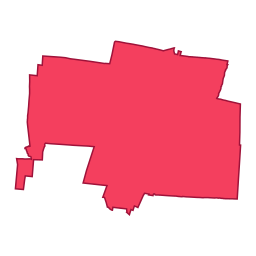 the district of Pechea, Galati, Romania
{"feature_id": "2599482B54833232986337", "entity_name": "Pechea", "entity_type": "district", "adm_level": 2, "iso_a3": "ROU", "parent_name": "Romania", "parent_adm1": "Galati", "projection": "albers", "projection_center": [27.806, 45.647], "detail": "fine", "context": "isolated", "style": "filled", "palette": "rose", "viewbox_px": 256, "rotation_deg": 0, "n_neighbors": 0, "source": "geoboundaries", "source_scale": "gbopen_adm2", "svg_char_len": 4712}
<svg xmlns="http://www.w3.org/2000/svg" viewBox="0 0 256 256"><path d="M126.4,43.2L123.3,42.6L118.8,41.7L115.4,41.3L114.9,41.7L114.5,42.2L112.0,54.5L109.9,63.0L109.7,63.7L105.3,63.4L104.5,63.5L89.9,61.3L74.6,59.3L70.5,58.8L65.4,57.7L60.2,57.2L42.8,56.0L42.2,65.3L38.0,64.7L37.2,75.7L29.6,74.9L29.7,81.4L29.5,86.5L29.6,89.3L29.6,93.6L29.0,100.5L28.6,106.5L28.0,113.0L27.7,115.1L27.6,115.7L27.6,116.1L27.6,117.1L27.6,118.1L27.5,118.8L27.4,119.7L27.4,120.7L27.3,121.5L27.3,122.3L27.5,124.4L30.0,146.2L29.5,146.4L29.1,146.3L29.0,146.0L28.4,146.1L27.9,146.7L27.4,146.8L26.1,147.1L25.1,147.7L24.9,148.4L25.0,148.7L25.9,148.9L26.3,149.2L26.4,149.6L26.4,150.7L27.0,151.5L27.1,151.8L27.1,152.0L27.1,152.4L27.2,152.8L27.4,153.3L28.2,154.1L28.2,154.4L28.2,155.1L28.3,155.5L28.7,156.0L29.3,156.3L30.8,156.6L31.3,158.1L31.4,159.3L30.2,158.9L29.0,158.9L26.0,159.0L24.5,159.0L22.6,158.8L18.3,158.8L16.6,158.6L17.6,164.6L15.4,188.8L23.4,189.5L24.7,179.4L25.3,175.9L32.2,176.6L33.6,159.7L34.6,159.7L42.3,159.9L42.7,151.9L43.6,148.9L44.4,146.6L44.8,146.3L44.9,145.8L44.7,145.0L44.7,144.4L45.0,143.7L45.5,143.2L50.4,143.7L58.4,144.2L69.9,145.0L73.6,145.3L82.8,145.8L88.6,146.1L94.2,146.7L86.5,170.5L83.1,183.0L107.0,185.6L102.8,197.3L104.5,197.4L106.3,202.8L106.6,204.0L107.4,207.1L107.8,207.0L108.4,207.3L109.5,208.6L110.3,209.3L111.2,209.8L111.8,210.1L112.4,210.2L112.9,207.3L126.6,208.9L126.9,211.9L126.6,212.2L129.4,214.7L130.6,210.7L130.8,210.1L131.0,209.6L131.2,209.8L131.4,209.8L131.6,209.9L131.9,210.0L132.2,210.1L132.5,210.1L132.8,210.2L133.0,210.3L133.7,208.0L134.1,206.9L134.3,206.3L134.4,206.0L134.9,206.2L135.5,206.4L136.3,206.7L136.6,206.9L137.1,207.1L137.9,207.5L143.6,194.7L143.8,194.7L144.0,194.4L144.2,193.8L144.4,193.4L144.7,193.3L145.2,193.4L145.9,193.5L147.0,193.7L149.0,194.1L148.6,194.9L153.0,195.6L153.1,195.0L153.3,194.5L153.4,194.2L153.5,194.1L154.0,193.9L154.3,193.9L154.5,193.9L154.7,194.0L154.8,194.3L155.0,194.7L155.2,194.9L156.2,195.0L157.0,195.0L157.6,195.0L158.5,195.0L159.5,195.1L160.3,195.1L162.9,195.3L165.5,195.5L168.5,195.7L173.7,196.0L176.3,196.1L177.8,196.4L178.9,196.5L179.4,196.5L179.9,196.6L181.2,196.7L182.3,196.7L182.5,196.5L184.1,196.6L185.8,196.8L191.8,197.1L196.7,197.4L200.0,197.5L201.2,197.6L202.6,197.7L203.4,197.7L204.2,197.6L204.6,197.6L205.6,197.6L206.2,197.6L208.0,197.6L209.4,197.7L211.4,197.8L212.9,197.9L214.8,198.0L215.5,197.9L216.4,197.8L217.2,197.9L218.1,198.1L218.5,198.1L219.5,198.0L220.2,198.1L220.7,198.2L221.2,198.3L222.6,198.4L223.1,198.4L223.5,198.6L224.3,198.6L225.3,198.7L227.2,198.7L230.5,198.8L232.6,198.8L233.9,198.9L237.2,199.0L238.5,178.0L239.4,164.3L240.6,145.1L239.5,145.0L239.9,132.2L240.0,116.8L240.4,104.0L236.6,103.1L236.3,103.0L227.9,101.1L225.4,100.4L223.7,100.1L221.5,99.5L220.8,99.2L219.8,99.1L218.4,98.9L216.9,98.6L216.7,98.4L217.0,98.0L217.1,97.6L217.5,97.3L217.7,96.7L218.1,96.3L218.5,95.5L218.7,94.0L218.7,93.7L218.6,93.4L218.9,93.1L220.4,90.0L220.8,88.9L221.0,87.7L220.9,86.8L221.5,86.2L221.6,85.1L221.9,84.8L222.4,83.9L222.8,80.9L223.2,78.5L224.4,75.5L224.6,72.4L225.0,71.6L225.3,70.7L225.7,70.1L225.6,69.6L226.4,68.8L226.9,68.0L227.1,67.1L227.1,65.8L227.8,64.6L227.0,64.4L227.9,61.0L227.6,60.9L226.8,60.8L226.0,60.7L225.8,60.6L225.6,60.6L224.8,60.5L224.3,60.4L224.1,60.4L223.5,60.3L222.9,60.2L221.7,60.0L219.9,59.6L218.5,59.4L216.2,59.2L215.9,59.1L209.6,58.3L209.3,58.3L206.2,58.0L205.9,58.0L205.7,58.0L205.4,58.0L205.4,57.9L205.2,57.9L204.7,57.9L204.3,57.9L204.2,57.9L203.8,57.8L203.6,57.8L203.2,57.8L202.9,57.8L202.4,57.7L202.2,57.7L201.9,57.7L201.7,57.7L201.0,57.6L200.7,57.6L200.4,57.6L200.2,57.5L199.8,57.5L199.7,57.5L199.4,57.5L199.1,57.4L198.9,57.4L198.4,57.4L198.2,57.4L197.9,57.3L197.7,57.3L197.4,57.3L197.2,57.3L196.8,57.3L196.7,57.3L196.5,57.2L196.4,57.2L196.2,57.2L195.9,57.2L195.7,57.2L195.3,57.1L195.2,57.1L194.9,57.1L194.7,57.1L194.2,57.1L193.9,57.0L193.7,57.0L193.4,57.0L193.2,57.0L192.9,57.0L192.8,56.9L192.7,56.9L192.4,56.9L192.1,56.9L191.9,56.9L191.7,56.9L191.4,56.8L191.2,56.8L188.7,56.7L188.0,56.5L187.7,56.4L187.1,56.4L186.5,56.3L184.6,56.0L184.3,56.0L184.1,56.0L183.6,55.9L183.4,55.9L182.7,55.8L182.1,55.7L181.6,55.7L181.2,55.6L180.5,55.5L180.3,55.5L180.2,55.5L180.9,52.5L181.2,51.7L178.4,50.9L177.6,54.6L176.5,54.3L174.6,53.9L173.8,51.0L173.9,49.6L174.1,48.4L174.2,48.2L174.4,47.9L174.2,47.8L173.8,48.0L171.5,48.6L170.3,49.0L168.5,49.4L164.4,50.5L163.8,50.7L163.6,50.8L163.4,50.8L162.5,50.6L160.8,50.1L158.0,49.4L156.1,49.0L155.8,48.9L155.7,48.9L155.4,48.8L155.1,48.7L154.9,48.7L154.7,48.6L154.2,48.5L153.7,48.4L153.1,48.3L152.3,48.0L149.1,47.5L147.3,47.1L146.3,46.9L144.5,46.5L142.9,46.1L141.9,45.9L140.2,45.6L134.8,44.6L133.4,44.3L129.2,43.6L126.4,43.2Z" fill="#f43f5e" stroke="#9f1239" stroke-width="1.5"/></svg>